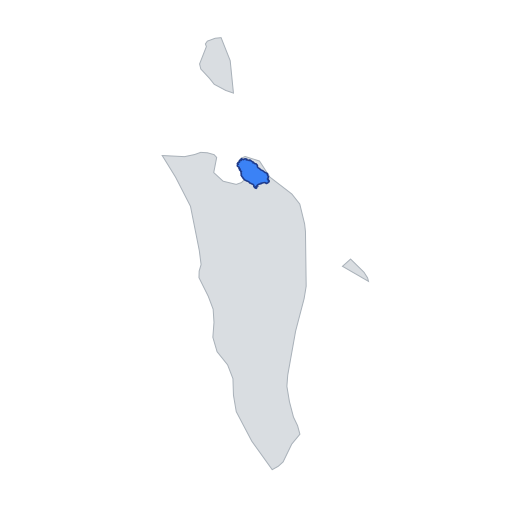 Balibo, Bobonaro, East Timor (highlighted), rotated 104°
{"feature_id": "22284137B63057021325797", "entity_name": "Balibo", "entity_type": "district", "adm_level": 2, "iso_a3": "TLS", "parent_name": "East Timor", "parent_adm1": "Bobonaro", "projection": "equal_earth", "projection_center": [125.004, -8.961], "detail": "fine", "context": "in_parent", "style": "filled", "palette": "blue", "viewbox_px": 512, "rotation_deg": 104, "n_neighbors": 0, "source": "geoboundaries", "source_scale": "gbopen_adm2", "svg_char_len": 5384}
<svg xmlns="http://www.w3.org/2000/svg" viewBox="0 0 512 512"><g transform="rotate(104 256 256)"><path d="M181.2,371.3L176.9,349.4L172.4,340.1L168.8,334.7L167.6,328.1L167.8,321.2L169.9,318.0L185.3,317.2L191.4,306.0L191.3,292.5L188.3,287.9L185.3,286.0L169.4,296.1L164.9,294.3L162.1,290.6L163.0,275.6L176.1,261.6L187.2,236.2L195.0,226.1L213.1,216.6L220.4,213.9L273.2,200.0L285.7,199.0L319.2,199.4L363.9,196.4L375.0,194.5L389.3,188.3L403.2,180.7L410.6,174.6L418.3,170.3L429.8,175.8L449.3,179.9L454.6,183.5L459.4,188.6L436.7,215.3L411.8,237.5L396.5,244.2L380.6,248.7L368.5,257.2L358.3,270.6L345.3,278.2L330.6,280.7L318.0,284.7L306.6,292.6L290.8,306.1L284.4,307.5L277.6,307.2L264.5,312.3L223.6,331.6L199.0,353.1L181.2,371.3ZM52.6,342.7L72.7,328.3L103.4,317.3L102.7,325.4L99.5,338.1L94.9,344.1L87.9,354.8L83.3,357.2L64.8,354.8L62.5,356.4L59.3,355.2L54.6,348.3L52.6,342.7ZM253.4,140.7L245.1,169.6L236.1,163.5L245.7,147.2L250.3,142.4L253.4,140.7Z" fill="#d9dde1" stroke="#a8b0b8" stroke-width="1"/><path d="M173.3,265.0L173.1,265.5L173.0,265.9L172.9,266.3L172.8,266.6L172.8,267.2L172.8,267.4L172.6,267.7L172.6,268.0L172.4,268.3L172.0,269.1L171.8,269.5L171.5,270.5L171.4,271.1L171.4,271.5L171.1,272.5L171.0,272.8L170.8,273.1L170.3,273.5L170.2,274.2L170.0,275.0L169.9,275.2L169.7,275.6L169.3,276.0L169.2,276.2L169.0,276.3L168.9,276.3L168.5,276.3L168.3,276.3L168.2,276.4L167.9,276.7L167.7,276.7L167.6,276.8L167.4,276.9L167.2,277.1L167.1,277.4L167.0,277.6L166.8,277.9L166.6,278.2L166.5,278.3L166.6,278.6L166.7,279.2L166.6,279.5L166.6,279.9L166.5,280.1L166.3,280.2L166.2,280.3L166.2,280.5L166.0,280.8L166.0,281.0L165.9,281.1L166.0,281.3L165.9,281.3L165.7,281.5L165.4,281.7L165.4,282.0L165.4,282.3L165.4,282.5L165.3,282.8L165.2,282.9L165.1,283.2L165.0,283.4L164.9,283.5L164.9,283.8L164.8,284.1L164.7,284.1L164.6,284.3L164.5,284.8L164.4,284.8L164.4,285.0L164.4,285.3L164.6,285.3L164.9,285.4L165.0,285.8L165.0,286.1L164.9,286.3L164.8,286.5L164.9,286.9L164.9,287.3L164.9,287.6L164.9,288.1L165.0,288.4L164.8,288.4L164.6,288.4L164.5,288.5L164.4,288.3L164.2,288.4L164.3,290.1L164.5,290.3L164.6,290.6L164.8,290.7L164.9,291.1L165.1,291.3L165.3,291.5L165.5,291.5L165.5,291.9L165.4,292.0L165.4,292.3L165.3,292.6L165.3,292.8L165.2,293.1L165.3,293.1L165.5,293.2L165.6,293.3L165.5,293.5L166.0,293.5L166.2,293.9L166.2,294.1L166.3,294.1L166.5,294.0L166.6,293.9L166.5,293.7L166.7,293.4L166.9,293.5L167.0,293.9L167.0,294.1L167.0,294.6L167.0,294.8L167.2,295.0L167.3,295.1L167.6,295.1L167.9,295.0L168.1,295.0L168.4,295.1L168.5,295.0L168.6,294.7L168.8,294.7L168.9,294.8L169.3,295.1L169.5,295.7L169.6,295.9L169.7,296.0L170.2,296.2L170.4,296.2L170.5,296.2L170.6,296.3L170.8,296.4L170.9,296.2L171.1,296.1L171.2,295.5L171.3,295.4L171.4,295.5L171.6,296.0L172.1,296.1L172.3,296.2L172.5,296.1L172.8,296.0L173.3,295.8L173.6,295.3L173.7,294.6L173.8,294.5L173.9,294.3L174.0,293.8L174.1,293.7L174.8,293.8L175.2,293.7L175.4,293.6L175.4,293.4L175.4,293.0L175.3,292.8L175.4,292.7L175.5,292.5L175.7,292.4L175.8,292.6L176.0,292.7L176.5,292.7L176.7,292.3L176.7,292.2L176.6,291.9L176.7,291.7L176.9,291.6L177.1,291.5L177.3,291.4L177.4,291.2L177.5,290.9L177.7,291.1L177.9,290.8L178.1,290.7L178.7,290.7L179.1,290.7L179.3,290.6L179.5,290.2L179.8,290.0L180.0,289.9L180.4,290.1L180.7,290.1L181.1,290.0L181.4,289.9L181.5,289.7L181.7,289.3L181.8,289.2L182.0,289.1L182.3,289.0L182.5,288.6L182.8,288.2L182.9,287.8L183.0,287.7L183.6,287.4L183.8,287.3L183.9,287.1L184.0,286.9L184.1,286.6L184.2,286.4L184.3,286.2L184.5,285.9L184.7,285.7L184.9,285.5L185.0,285.1L185.0,284.9L185.2,284.4L185.2,284.1L185.2,283.8L185.3,283.7L185.4,283.4L185.5,283.2L185.5,282.9L185.5,282.7L185.4,282.4L185.6,281.7L185.7,281.0L185.8,280.7L186.3,280.3L186.4,280.1L186.5,279.9L186.7,279.7L186.6,279.2L186.7,278.6L187.0,278.1L187.1,277.1L187.1,276.5L187.2,276.4L187.3,276.2L187.5,275.9L187.6,275.7L187.9,275.2L188.0,275.1L188.5,275.1L189.1,274.9L189.2,274.7L189.6,274.3L189.7,274.2L189.9,273.9L190.0,273.6L190.3,273.1L190.3,272.8L190.3,272.3L190.3,272.2L189.9,272.1L189.7,272.2L189.5,272.3L189.3,272.5L189.2,272.6L189.1,272.3L189.1,272.2L189.0,272.3L188.9,272.3L188.8,272.2L188.7,272.3L188.4,272.4L188.2,272.1L188.2,272.3L188.1,272.2L187.8,272.2L187.6,272.0L187.3,272.0L187.2,272.0L187.1,271.9L187.1,271.7L186.9,271.7L186.7,271.4L186.3,271.4L186.1,271.2L185.6,270.4L185.5,270.2L185.3,270.2L185.2,270.0L185.2,269.7L185.0,269.3L184.9,269.0L184.8,268.9L184.5,268.4L184.4,268.4L184.1,268.6L184.0,268.4L184.1,268.2L183.9,267.8L183.8,267.6L183.6,267.5L183.5,267.3L183.3,267.0L183.1,266.4L182.8,265.9L182.8,265.5L182.6,265.2L182.6,264.8L182.6,264.6L182.8,264.3L182.9,264.0L183.0,264.0L183.1,263.9L183.2,263.6L183.1,263.4L183.0,263.2L182.9,263.2L182.7,263.1L182.7,262.9L182.6,262.7L182.4,262.6L182.3,262.4L182.2,262.2L181.8,262.0L181.7,262.0L181.2,261.9L181.0,261.4L180.9,261.3L180.7,261.2L180.5,261.3L180.4,261.5L180.1,261.6L179.9,261.6L179.7,261.6L179.7,261.8L179.6,262.0L179.6,262.3L179.3,262.3L179.1,262.4L179.1,262.5L179.0,262.8L178.9,262.8L178.7,262.8L178.7,263.0L178.5,262.9L178.5,263.2L178.4,263.4L178.3,263.5L178.2,263.5L177.9,263.5L177.8,263.4L177.7,263.3L177.4,263.4L177.2,263.3L176.9,263.1L176.7,263.1L176.3,263.0L176.2,263.1L175.7,263.3L175.5,263.7L175.4,263.8L175.2,263.9L174.8,264.4L174.6,264.5L174.5,264.4L174.4,264.4L174.2,264.5L174.1,264.4L173.8,264.5L173.6,264.9L173.4,264.9L173.4,265.0L173.3,265.0Z" fill="#3b82f6" stroke="#1e3a8a" stroke-width="1.5"/></g></svg>